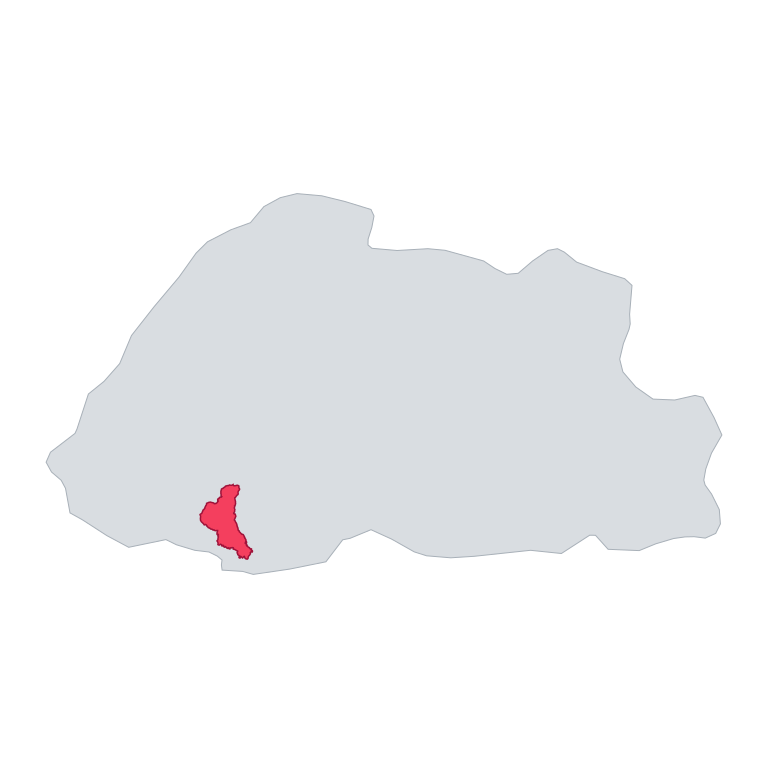 Bongo, Chhukha, Bhutan shown in context
{"feature_id": "84629894B25129658957997", "entity_name": "Bongo", "entity_type": "district", "adm_level": 2, "iso_a3": "BTN", "parent_name": "Bhutan", "parent_adm1": "Chhukha", "projection": "robinson", "projection_center": [89.655, 26.924], "detail": "fine", "context": "in_parent", "style": "filled", "palette": "rose", "viewbox_px": 768, "rotation_deg": 0, "n_neighbors": 0, "source": "geoboundaries", "source_scale": "gbopen_adm2", "svg_char_len": 6976}
<svg xmlns="http://www.w3.org/2000/svg" viewBox="0 0 768 768"><path d="M630.2,324.0L629.0,329.4L623.4,343.6L619.7,359.2L622.9,371.9L635.8,387.0L653.0,399.1L674.8,400.0L695.0,395.4L703.0,397.3L714.0,417.5L721.9,435.0L711.5,453.1L705.8,468.9L703.8,480.1L705.1,485.0L711.6,494.1L719.3,509.6L720.4,523.9L715.7,533.4L705.3,538.1L694.2,536.7L685.1,536.9L673.7,538.5L655.8,543.8L639.2,550.6L608.1,549.3L595.5,535.3L589.7,535.2L561.4,553.5L530.5,550.3L474.2,556.3L450.7,557.8L426.6,555.8L414.3,551.9L391.6,539.1L371.0,529.7L350.1,538.3L342.7,539.8L325.9,561.8L289.6,569.1L253.3,574.4L242.6,571.4L222.1,570.1L221.4,565.0L222.0,560.0L217.3,556.1L209.0,552.0L194.8,550.3L176.5,544.8L165.9,539.6L128.7,547.3L107.0,535.7L82.4,519.8L70.0,512.9L65.5,488.3L61.2,480.3L51.5,472.0L46.1,462.2L50.5,452.2L75.0,433.4L77.0,429.0L88.4,394.0L104.1,381.3L119.7,363.6L131.5,335.5L154.1,306.7L179.0,277.1L196.1,253.1L207.5,241.8L230.8,229.8L250.4,222.7L263.9,206.6L280.2,197.7L297.0,193.6L321.8,195.8L345.3,201.6L371.0,209.5L374.0,216.0L371.8,227.5L368.1,239.1L368.0,245.0L371.9,248.3L397.1,250.5L427.9,248.7L445.1,250.3L483.7,261.0L494.9,268.5L506.7,274.3L518.2,273.3L532.7,260.9L548.0,250.4L557.5,248.7L564.3,252.1L576.6,262.1L602.0,271.6L624.7,278.7L632.0,285.4L629.6,314.3L630.2,324.0Z" fill="#d9dde1" stroke="#a8b0b8" stroke-width="1"/><path d="M206.6,503.3L206.5,504.4L206.4,504.9L206.1,505.2L205.8,505.7L205.6,506.0L205.4,506.5L204.9,507.5L204.8,508.3L204.7,508.5L204.4,508.7L203.7,509.7L203.2,509.9L202.9,510.4L202.8,511.0L202.5,511.5L201.9,513.0L201.6,513.5L200.5,514.1L200.1,514.4L200.0,514.8L200.5,515.6L200.6,516.4L200.6,517.0L200.5,517.6L200.4,518.2L200.5,520.1L200.6,520.5L201.5,521.9L202.2,522.5L203.7,524.0L203.9,524.4L204.1,524.8L204.4,524.9L204.8,524.8L205.4,524.5L205.6,524.5L206.0,524.7L206.5,525.2L206.5,525.5L206.7,525.8L207.0,525.9L207.1,526.4L207.7,526.8L208.2,527.6L208.8,527.8L209.2,527.9L209.3,528.1L209.9,528.2L210.0,528.4L210.3,528.7L210.6,529.0L211.3,529.2L211.9,529.1L212.5,529.6L212.9,529.9L213.1,530.1L213.3,530.1L213.6,529.8L213.8,529.8L214.0,530.0L214.4,530.1L214.7,530.5L214.9,530.6L216.0,530.7L216.5,530.5L217.6,530.5L217.6,530.9L217.4,531.2L217.4,531.4L217.4,531.5L217.3,532.1L217.2,532.4L217.0,532.7L217.0,534.2L217.1,534.4L217.8,534.2L218.0,534.2L218.1,534.4L218.3,534.7L218.4,534.8L218.4,535.1L218.2,535.3L217.9,535.3L217.9,535.7L217.9,535.9L217.9,536.1L218.1,536.4L218.4,536.7L218.4,536.9L218.4,537.0L218.2,537.2L218.1,537.4L218.1,538.1L217.9,538.9L218.0,539.4L217.8,539.9L217.2,540.5L217.0,540.8L217.1,541.2L217.7,541.8L217.9,542.6L218.0,543.0L218.1,543.6L217.9,544.4L217.9,544.6L218.4,544.9L219.2,545.1L219.4,545.0L219.8,544.8L220.4,544.2L220.7,544.2L221.2,544.6L221.7,544.7L221.8,545.0L221.7,545.5L221.7,545.8L221.8,545.9L222.2,546.0L222.5,546.0L222.7,545.9L223.3,545.4L223.5,545.4L223.6,545.6L223.6,545.9L223.5,546.3L223.8,546.7L224.3,547.1L224.8,547.2L225.1,547.1L225.3,546.6L225.5,546.6L226.1,547.2L226.7,547.8L226.9,548.0L227.1,548.3L227.4,548.4L227.7,548.4L228.0,547.9L228.2,547.7L228.4,547.8L228.7,547.9L229.0,548.7L229.3,548.9L229.7,548.9L229.9,548.9L229.9,548.6L230.0,548.2L230.4,547.8L230.7,547.8L230.8,547.8L230.9,548.0L231.2,548.0L231.9,547.6L232.3,547.6L232.8,547.6L233.3,547.8L233.4,548.2L233.2,548.6L233.1,548.9L233.8,549.3L234.6,549.4L234.9,549.6L235.4,549.8L236.4,550.5L237.0,550.8L237.5,550.9L237.7,551.1L237.6,551.8L237.2,552.3L237.1,552.8L237.2,553.1L237.6,553.4L237.7,553.9L237.7,554.4L237.8,554.7L238.0,554.9L238.9,555.4L239.2,555.6L239.3,555.8L239.3,556.3L239.0,557.0L239.0,557.5L239.2,557.8L239.6,558.0L240.0,558.1L240.3,557.7L240.1,556.4L240.3,556.3L240.5,556.3L241.2,556.6L241.7,557.2L242.3,557.8L242.6,558.0L243.0,557.6L243.5,556.9L243.9,556.5L244.2,556.3L244.4,556.4L244.9,558.0L245.3,558.5L246.2,559.0L247.4,559.1L247.5,559.0L247.9,558.6L248.1,558.2L248.1,557.6L248.2,557.1L248.5,556.3L248.8,555.9L249.7,555.0L250.1,554.2L250.4,553.8L250.4,553.5L250.3,552.9L250.3,552.6L250.8,552.4L251.0,552.3L251.0,552.2L251.0,551.8L251.2,551.6L251.4,551.2L251.5,551.2L252.3,551.8L252.5,551.2L252.4,550.8L252.1,550.4L251.3,550.0L251.2,549.9L251.4,548.9L251.0,548.8L250.6,549.0L250.3,548.9L250.2,548.7L249.9,548.5L249.8,548.4L249.5,547.8L249.4,547.6L249.2,547.5L248.8,547.5L247.6,546.5L247.5,546.0L247.3,545.8L247.2,545.7L247.0,545.9L246.8,545.9L246.5,545.6L246.5,545.4L246.5,545.1L246.4,544.7L246.7,544.4L246.4,544.0L246.1,543.9L246.1,543.7L245.9,543.5L245.8,543.4L245.3,543.3L245.3,543.2L245.4,542.3L245.5,542.2L245.9,542.2L245.9,542.6L246.1,542.8L246.4,542.9L246.6,542.7L246.6,542.1L246.4,541.6L246.1,541.2L245.9,541.3L245.8,541.2L245.9,540.9L246.0,540.6L246.0,540.4L245.8,540.1L245.9,539.8L245.8,539.5L245.4,538.9L245.2,538.6L244.9,538.4L244.7,537.8L244.8,537.4L244.4,537.2L244.4,536.8L244.1,536.1L243.9,535.9L243.8,535.5L243.2,534.6L242.6,534.3L241.9,534.3L241.4,533.8L241.1,533.6L240.8,533.3L240.6,533.0L239.9,532.2L239.6,532.0L239.3,531.8L239.2,531.0L239.0,530.7L238.3,530.3L238.2,530.1L238.2,529.9L238.1,529.5L238.0,529.3L238.1,528.9L237.9,528.4L237.8,528.0L237.8,527.5L237.7,527.3L237.2,526.8L237.3,526.5L237.3,526.3L237.2,525.9L236.9,525.3L236.8,525.1L236.8,524.8L236.9,524.5L236.8,524.2L236.6,523.9L236.3,523.0L235.9,522.7L235.7,522.3L235.1,520.9L234.9,520.6L234.4,520.2L234.4,519.6L235.0,518.4L235.3,517.4L235.8,516.6L235.6,515.3L235.5,515.0L235.3,514.5L235.1,514.0L234.9,513.9L234.6,513.9L234.3,514.0L234.2,513.9L234.1,513.7L233.8,513.5L233.7,513.3L233.9,512.7L234.1,512.4L234.5,511.9L234.6,511.7L234.7,511.0L234.6,510.4L234.9,509.7L234.4,508.3L234.3,507.9L234.4,507.5L234.8,506.6L234.7,506.4L234.5,506.0L234.5,505.9L234.8,505.7L235.3,505.1L235.4,504.2L235.5,504.0L235.6,503.7L235.5,502.8L235.5,501.9L235.5,501.4L235.1,500.0L234.7,497.9L234.8,497.7L235.3,497.5L235.5,497.3L236.0,496.5L237.0,495.2L237.8,494.7L238.0,494.4L238.2,493.9L238.0,492.3L238.1,491.8L238.3,491.4L238.4,491.0L239.0,490.4L239.5,489.6L239.6,489.2L239.5,488.7L239.2,488.2L238.9,487.7L238.8,487.1L238.9,486.7L238.9,486.3L238.9,486.0L238.7,485.8L238.2,485.6L237.8,485.3L237.2,485.3L236.7,485.3L235.9,485.6L235.6,485.7L235.2,485.6L234.3,485.8L233.8,485.7L233.3,485.2L233.1,484.5L232.6,484.9L231.9,485.2L231.4,485.3L230.2,485.2L229.9,485.1L229.4,485.0L228.7,485.5L228.0,485.6L227.2,485.6L226.5,485.9L225.8,486.0L225.4,486.2L224.8,487.1L224.2,487.3L223.9,487.6L223.6,487.8L223.1,488.3L222.9,488.4L222.5,488.4L222.3,488.5L222.0,488.8L221.5,489.0L221.4,489.3L221.3,490.2L220.9,491.0L220.9,491.3L220.9,492.9L220.9,493.7L221.1,494.1L221.1,495.7L221.3,496.2L221.8,496.7L221.5,497.0L221.3,497.1L220.5,497.1L219.7,497.4L219.6,497.7L219.3,498.1L219.2,498.1L218.8,498.2L218.7,498.3L218.5,498.8L218.0,498.9L217.9,499.0L217.7,499.3L217.7,499.7L217.8,500.2L218.1,500.8L218.1,501.2L217.9,501.2L217.7,501.2L217.7,501.3L217.7,501.8L217.6,502.0L216.6,503.1L216.0,503.5L215.6,503.6L215.3,503.4L214.9,503.5L214.3,503.7L214.0,503.3L213.7,503.0L213.5,502.9L211.0,502.3L210.6,502.1L209.8,502.2L208.6,502.4L207.7,502.9L206.6,503.3Z" fill="#f43f5e" stroke="#9f1239" stroke-width="1.5"/></svg>